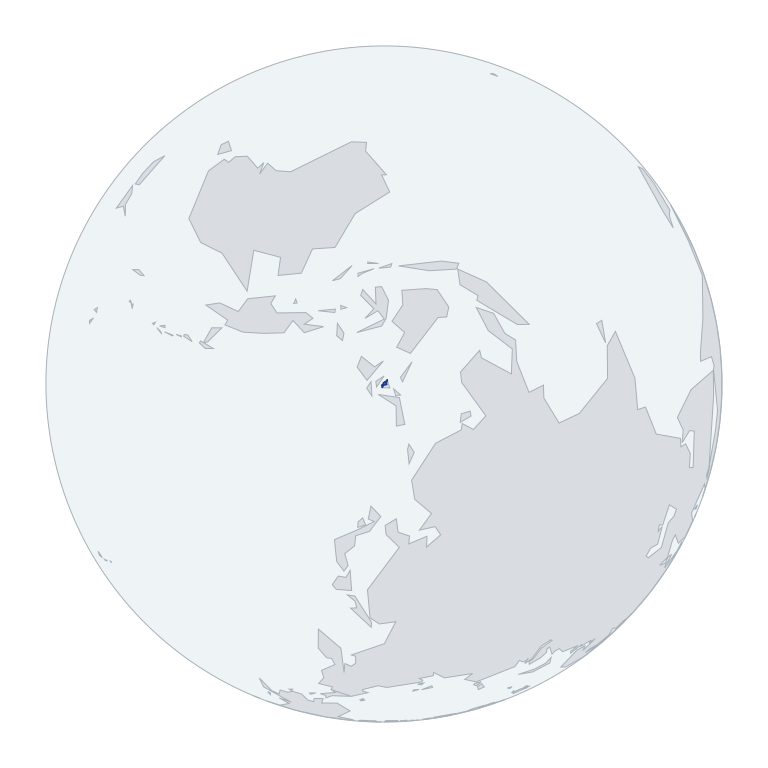 globe centered on Iloilo, rotated 167°
{"feature_id": "PHL-2529", "entity_name": "Iloilo", "entity_type": "Province", "adm_level": 1, "iso_a3": "PHL", "parent_name": "Philippines", "parent_adm1": "", "projection": "orthographic", "projection_center": [122.71, 11.03], "detail": "fine", "context": "on_globe", "style": "filled", "palette": "blue", "viewbox_px": 768, "rotation_deg": 167, "n_neighbors": 0, "source": "natural_earth", "source_scale": "10m", "svg_char_len": 10231}
<svg xmlns="http://www.w3.org/2000/svg" viewBox="0 0 768 768"><g transform="rotate(167 384 384)"><circle cx="384" cy="384" r="338" fill="#eef3f6" stroke="#a8b0b8"/><path d="M657.2,509.4L656.9,511.6L656.5,512.0L657.2,509.4ZM569.4,101.5L557.7,94.5L548.4,94.1L556.7,101.8L546.1,94.9L569.4,116.0L571.6,125.6L562.2,110.3L555.9,105.6L554.0,109.2L547.1,105.3L542.2,105.2L534.1,100.5L529.3,93.1L524.0,90.3L522.9,93.2L514.1,91.2L516.5,87.2L501.5,83.6L490.6,73.1L503.5,70.2L490.6,64.3L488.2,62.5L516.4,73.1L543.5,86.1L569.4,101.5ZM700.2,285.4L697.5,278.1L699.8,281.2L700.2,285.4ZM695.3,274.8L696.4,277.0L695.4,275.4L695.3,274.8ZM694.3,274.4L695.0,274.7L694.4,275.1L694.3,274.4ZM693.2,274.8L693.7,274.2L693.7,274.6L693.2,274.8ZM690.5,273.0L689.7,272.4L689.9,271.1L690.5,273.0ZM581.1,109.5L577.4,106.9L574.8,105.1L575.3,105.4L581.1,109.5ZM564.3,108.9L564.5,106.9L566.6,110.3L564.3,108.9ZM542.9,106.0L545.0,108.0L541.6,107.2L542.9,106.0ZM526.1,99.7L519.9,98.3L525.4,98.3L526.1,99.7ZM515.8,96.6L500.8,94.4L504.3,98.2L486.1,87.0L504.8,92.0L511.0,91.2L511.1,93.8L515.8,96.6ZM485.1,61.6L484.3,61.3L480.1,60.0L485.1,61.6ZM477.4,59.2L478.5,59.8L466.2,56.4L462.7,55.4L464.2,55.7L477.4,59.2ZM459.9,54.7L458.9,54.5L459.1,54.5L459.9,54.7ZM478.4,81.6L474.1,80.4L477.7,80.4L478.4,81.6ZM484.8,61.9L481.9,61.5L471.2,58.5L468.6,58.0L465.7,56.3L484.8,61.9ZM457.5,54.2L457.3,54.1L456.6,54.0L457.5,54.2ZM458.3,54.7L454.5,53.8L459.0,55.2L451.1,53.5L450.6,52.9L447.5,52.5L445.1,52.1L447.4,52.2L458.3,54.7ZM433.0,49.7L431.7,49.5L430.2,49.3L433.0,49.7ZM443.1,51.3L440.7,51.0L435.1,50.0L438.0,50.4L439.4,50.7L443.1,51.3ZM445.9,52.9L458.1,55.5L457.8,55.6L445.9,52.9ZM428.1,49.0L429.0,49.2L427.0,48.9L428.1,49.0ZM439.8,51.4L444.2,52.2L443.7,52.3L439.8,51.4ZM427.1,49.2L426.0,48.9L429.7,49.3L427.1,49.2ZM432.5,50.1L430.8,50.1L431.7,49.7L434.5,50.4L432.5,50.1ZM438.7,51.4L439.8,51.7L436.9,51.1L438.7,51.4ZM413.5,48.1L413.9,47.5L422.1,48.3L420.7,48.7L413.5,48.1ZM98.8,202.7L94.6,210.1L94.3,214.4L113.4,189.1L114.0,181.4L124.8,167.5L133.0,162.7L134.1,171.5L138.3,166.5L146.6,151.6L156.1,145.3L150.6,146.1L146.0,151.9L142.5,153.0L146.4,147.9L149.6,145.5L151.9,141.6L136.1,155.4L129.8,162.8L130.0,161.1L149.9,140.3L171.4,121.3L194.5,104.2L192.5,105.7L194.9,104.4L205.4,97.8L202.1,100.5L213.2,93.7L215.5,94.7L222.0,88.5L234.5,82.3L242.9,79.7L248.2,77.0L234.4,81.5L227.9,84.6L220.4,88.8L203.6,98.3L227.1,84.7L251.5,73.1L270.6,67.5L275.4,68.4L255.8,81.3L247.2,83.6L250.0,79.7L235.5,88.4L242.4,85.2L239.7,87.9L250.9,84.1L249.6,85.9L262.7,79.7L262.3,81.5L253.9,85.5L270.2,83.0L272.8,86.8L277.2,85.5L281.1,83.0L281.7,90.4L284.9,89.2L285.9,86.2L292.9,82.1L305.5,78.2L305.1,80.9L300.4,82.6L290.1,91.2L277.9,96.4L279.0,97.3L289.5,93.5L302.1,82.9L309.8,79.9L305.0,84.5L307.4,82.5L311.1,82.0L314.3,84.2L320.1,79.2L361.3,73.0L371.7,78.0L362.8,82.0L391.1,84.1L400.6,91.8L401.5,88.7L415.7,89.1L412.9,86.6L414.4,85.2L449.6,87.7L457.4,91.3L473.6,91.1L474.1,89.8L469.1,86.9L486.1,87.0L504.3,98.2L502.3,100.4L515.0,106.9L508.6,111.4L509.3,119.0L494.9,121.7L496.7,128.3L501.5,130.2L507.5,141.5L503.1,159.9L485.4,136.2L487.8,111.9L485.0,120.4L479.3,116.3L474.4,118.3L472.9,125.2L476.7,127.3L442.0,130.9L426.0,149.7L442.4,151.2L450.2,159.3L446.4,187.2L405.8,221.4L415.8,236.8L414.7,245.9L402.4,249.9L403.6,236.4L393.3,230.1L395.9,222.6L376.4,226.0L379.2,215.5L362.7,224.3L366.2,233.5L382.4,233.6L366.8,247.1L380.0,264.8L378.7,284.1L347.0,314.7L319.0,321.9L316.7,327.9L307.1,319.5L291.9,330.1L308.0,368.2L306.7,378.5L283.2,395.3L283.2,387.6L257.6,365.1L251.1,389.3L270.4,412.6L276.9,437.8L261.3,428.2L254.8,406.0L245.9,397.4L249.6,376.1L244.6,343.2L228.9,347.0L231.4,334.4L222.2,306.6L200.4,311.3L164.9,339.1L157.9,371.0L146.7,383.2L138.2,333.3L142.6,301.9L134.4,302.8L130.0,274.0L107.4,264.3L108.8,255.9L103.6,257.8L101.2,247.4L105.2,234.1L101.6,233.0L92.3,268.3L96.7,269.9L106.7,259.8L102.8,271.9L105.7,285.3L86.0,309.5L60.1,323.2L65.3,299.0L86.0,229.9L89.7,223.6L90.1,222.8L90.9,221.4L84.7,231.3L90.9,218.6L71.5,264.1L64.9,283.2L59.6,324.5L58.2,327.5L58.8,337.0L70.4,334.9L68.8,342.7L58.5,376.3L49.4,418.3L55.1,454.5L62.0,484.0L64.5,494.0L57.2,469.8L51.7,445.2L48.0,420.2L46.3,394.9L46.4,369.7L48.4,344.5L52.3,319.5L58.0,294.9L65.6,270.8L75.0,247.3L86.1,224.5L98.8,202.7ZM127.2,196.2L133.1,202.1L144.2,183.8L147.4,184.9L150.0,178.7L145.0,182.5L153.4,166.4L161.0,164.2L167.3,157.4L165.6,155.2L150.5,162.2L138.3,184.7L131.1,190.1L127.2,196.2ZM398.5,46.4L393.1,46.2L394.8,46.3L386.4,46.6L373.2,46.7L376.1,46.9L369.9,47.7L358.6,48.4L364.3,47.5L347.8,49.2L349.1,48.4L347.1,48.7L343.8,48.7L336.3,49.5L338.5,49.2L336.5,49.4L367.4,46.5L398.5,46.4ZM421.9,48.2L420.5,48.1L418.0,47.8L421.9,48.2ZM417.9,47.8L418.7,47.9L413.1,47.5L412.3,47.6L407.3,47.2L410.8,48.1L394.7,47.3L387.4,46.8L405.0,46.8L404.9,46.7L405.6,46.8L417.9,47.8ZM309.7,57.1L314.2,55.7L315.7,55.6L327.8,53.3L327.8,54.3L320.5,56.1L309.7,57.1ZM109.6,192.3L105.8,196.0L107.6,192.8L108.5,192.1L109.6,192.3ZM111.3,184.5L109.0,187.7L110.3,185.8L111.3,184.5ZM311.7,57.8L316.7,56.6L313.6,57.9L311.7,57.8ZM328.4,55.0L325.9,56.3L329.2,54.2L328.4,55.0ZM203.8,658.1L210.8,662.5L207.5,661.8L203.8,658.1ZM73.5,490.1L87.2,538.4L83.7,535.6L76.1,519.5L66.3,489.3L68.1,483.8L67.1,471.1L73.5,490.1ZM362.3,502.7L372.8,505.1L372.4,506.5L362.3,502.7ZM351.2,496.4L363.1,498.0L349.3,499.6L351.2,496.4ZM367.8,498.6L379.9,496.7L385.1,494.7L384.3,497.8L367.8,498.6ZM343.2,495.8L300.6,490.9L284.0,484.8L287.6,479.7L314.5,484.2L343.2,495.8ZM286.3,479.4L261.3,460.4L229.1,409.5L240.6,411.9L274.7,444.6L272.5,449.1L287.6,463.6L286.3,479.4ZM347.8,456.9L345.5,471.3L321.7,467.5L311.0,464.0L303.6,444.4L307.8,435.3L316.4,436.6L351.4,407.9L363.3,417.0L352.3,429.5L362.1,443.3L347.8,456.9ZM158.8,374.3L163.4,395.0L157.5,397.0L158.8,374.3ZM366.5,386.7L351.7,399.4L365.5,381.9L366.5,386.7ZM375.2,369.8L375.7,377.0L370.3,369.6L375.2,369.8ZM315.4,337.6L306.2,338.2L306.4,333.2L318.4,329.5L315.4,337.6ZM377.5,300.7L375.7,315.1L373.3,319.8L369.9,310.6L377.5,300.7ZM318.5,70.8L301.7,72.3L289.6,75.5L282.7,79.9L285.2,74.9L303.9,70.0L318.5,70.8ZM356.1,72.1L362.0,69.2L364.3,70.8L363.3,71.7L356.1,72.1ZM356.2,70.1L354.4,66.3L360.8,65.0L361.0,68.2L356.2,70.1ZM332.3,60.1L327.3,60.2L330.0,59.0L332.3,60.1ZM577.7,633.2L581.3,634.9L571.7,643.5L558.5,652.4L546.3,655.7L577.7,633.2ZM481.0,655.5L480.1,645.7L494.3,645.1L488.9,653.7L481.0,655.5ZM586.9,626.3L595.6,617.0L598.4,605.7L597.9,615.8L605.2,615.6L584.3,634.0L586.9,626.3ZM427.2,611.8L361.4,627.3L346.6,623.4L349.6,615.1L334.6,587.3L339.3,588.3L335.3,569.8L373.7,556.6L401.0,528.1L423.3,531.7L439.6,510.6L462.8,513.6L456.3,530.7L480.8,543.6L496.5,505.2L512.3,547.8L530.8,563.2L536.9,589.2L507.0,631.2L489.1,638.9L485.3,634.9L477.9,638.9L465.9,636.7L458.5,622.7L451.3,626.7L457.9,616.6L447.7,625.3L441.1,616.1L427.2,611.8ZM593.5,543.6L597.1,544.7L603.0,551.9L597.2,550.6L593.5,543.6ZM648.0,518.5L649.7,521.8L646.0,522.9L648.0,518.5ZM656.5,512.0L652.1,513.7L657.2,509.4L656.5,512.0ZM611.8,519.2L613.7,521.8L612.2,522.7L611.8,519.2ZM610.4,518.3L612.4,514.1L612.2,518.3L610.4,518.3ZM592.8,495.6L594.9,493.5L596.0,495.2L592.8,495.6ZM388.4,506.6L402.9,496.5L411.0,496.2L388.4,506.6ZM589.6,491.0L584.2,490.5L584.7,488.2L589.6,491.0ZM589.9,485.7L589.3,482.5L592.7,490.0L589.9,485.7ZM579.3,478.4L586.1,484.2L578.6,479.0L579.3,478.4ZM575.4,479.1L570.6,476.4L570.9,475.5L575.4,479.1ZM521.9,481.4L539.8,501.0L525.7,499.9L509.7,487.4L497.6,497.7L470.0,494.3L476.2,487.9L472.3,477.3L444.1,471.2L438.4,464.0L448.3,460.2L429.9,453.5L450.1,451.9L458.4,466.4L469.9,456.4L489.9,460.4L509.6,466.2L525.7,477.4L521.9,481.4ZM450.4,482.5L453.9,482.8L450.9,486.7L450.4,482.5ZM561.4,468.4L568.4,475.5L567.6,477.1L564.2,475.9L561.4,468.4ZM529.3,475.2L546.5,464.6L550.6,465.0L539.2,477.5L529.3,475.2ZM542.2,456.9L550.3,458.9L554.6,465.6L553.0,467.3L542.2,456.9ZM409.2,466.5L408.5,470.3L403.3,466.8L409.2,466.5ZM415.9,464.7L431.6,470.2L414.5,467.9L415.9,464.7ZM369.1,447.2L373.5,456.8L387.7,452.2L376.9,459.6L386.7,475.5L383.5,480.9L373.8,463.8L370.6,480.3L364.4,479.4L360.8,464.6L367.0,447.7L373.2,441.0L398.9,440.3L369.1,447.2ZM415.7,453.6L411.6,442.6L414.7,435.7L419.2,441.7L415.7,453.6ZM399.8,416.0L389.3,402.8L379.4,406.6L399.7,391.4L406.4,406.5L399.8,416.0ZM391.4,388.4L382.1,391.8L391.9,382.8L391.4,388.4ZM379.9,387.5L379.2,378.9L386.4,380.7L379.9,387.5ZM396.1,389.2L398.5,375.1L401.8,383.8L396.1,389.2ZM377.1,359.9L391.9,375.1L372.1,367.3L372.8,340.0L381.4,340.2L377.1,359.9ZM434.9,258.3L433.6,250.9L441.8,250.2L440.3,255.4L434.9,258.3ZM467.3,243.5L443.6,247.7L424.4,252.2L429.7,256.0L424.2,267.9L416.9,255.6L431.4,243.6L445.7,242.5L449.1,232.9L460.4,227.5L459.8,215.2L465.1,210.7L470.0,221.8L467.3,243.5ZM458.9,210.1L462.0,190.0L476.8,194.7L479.5,200.1L471.8,207.1L464.5,204.1L458.9,210.1ZM467.1,186.7L460.1,184.0L449.7,154.6L451.2,149.8L466.9,173.1L461.0,172.0L461.0,178.8L467.1,186.7ZM474.8,81.9L474.1,80.5L477.4,82.2L474.8,81.9ZM412.5,83.9L415.1,82.4L418.8,83.9L412.5,83.9ZM424.3,79.3L418.4,78.5L424.9,78.2L424.3,79.3ZM405.0,77.4L416.1,77.7L405.2,79.2L405.0,77.4Z" fill="#d9dde1" stroke="#a8b0b8" stroke-width="1"/><path d="M382.6,386.0L382.0,386.1L381.9,386.2L381.6,386.2L381.4,386.3L381.2,386.3L380.9,386.5L380.7,386.6L380.1,387.3L379.9,387.3L379.9,387.2L380.0,386.9L380.0,386.5L380.1,386.3L380.2,386.1L380.3,386.0L380.6,385.8L380.7,385.7L380.8,385.6L381.0,385.4L381.1,385.1L381.2,384.9L381.3,384.7L381.5,384.6L381.6,384.4L381.7,384.2L381.8,383.9L381.7,383.7L381.3,383.2L381.6,383.0L381.7,382.9L381.9,382.9L382.2,383.1L382.3,383.1L382.5,383.0L382.8,383.1L383.0,383.0L383.1,382.9L383.3,382.8L383.6,382.9L383.8,382.9L384.2,382.9L384.4,382.9L384.5,383.1L384.8,383.0L385.0,383.0L385.0,382.9L385.0,382.6L385.4,382.4L385.4,382.2L385.5,382.1L385.9,381.8L385.9,381.5L386.1,381.3L386.2,381.1L386.4,380.9L386.5,380.8L386.6,380.6L386.6,381.0L386.4,381.1L386.4,381.3L386.5,381.3L386.7,381.5L386.6,381.8L386.5,382.0L386.4,382.1L386.4,382.4L386.3,382.5L386.3,382.8L386.5,383.0L386.4,383.1L386.3,383.3L386.2,383.2L385.9,383.2L385.8,383.5L385.7,383.7L385.5,383.8L385.4,384.0L385.4,383.9L385.3,384.0L385.2,384.0L384.9,384.1L384.7,384.1L384.5,384.3L384.4,384.4L384.4,384.6L384.5,384.8L384.4,385.1L384.3,385.3L384.2,385.4L383.9,385.3L383.7,385.4L383.6,385.5L383.4,385.6L383.0,385.4L382.7,385.5L382.6,386.0Z" fill="#3b82f6" stroke="#1e3a8a" stroke-width="1.5"/></g></svg>